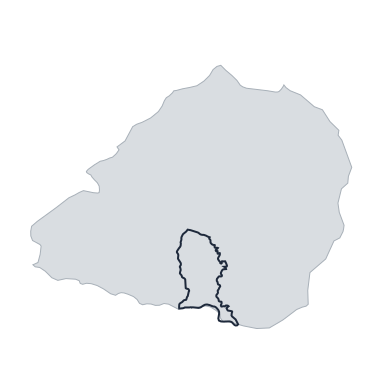 where Río Negro sits in Uruguay, rotated 276°
{"feature_id": "URY-9", "entity_name": "Río Negro", "entity_type": "Department", "adm_level": 1, "iso_a3": "URY", "parent_name": "Uruguay", "parent_adm1": "", "projection": "equal_earth", "projection_center": [-57.526, -32.894], "detail": "fine", "context": "in_parent", "style": "outline", "palette": "slate", "viewbox_px": 384, "rotation_deg": 276, "n_neighbors": 0, "source": "natural_earth", "source_scale": "10m", "svg_char_len": 5143}
<svg xmlns="http://www.w3.org/2000/svg" viewBox="0 0 384 384"><g transform="rotate(276 192 192)"><path d="M308.1,272.2L305.7,274.5L303.0,279.0L299.9,289.8L289.6,304.7L287.4,313.1L276.5,321.8L268.7,331.6L263.7,331.4L259.2,335.6L233.2,348.3L224.0,345.9L217.1,346.0L210.8,340.3L196.2,338.3L187.1,340.6L174.8,346.7L171.1,346.6L168.4,346.3L161.8,343.8L158.2,338.3L139.4,332.0L124.2,317.7L106.3,317.4L92.5,319.3L90.4,317.4L89.0,313.7L86.1,308.4L74.2,295.7L64.9,283.1L63.0,270.7L64.2,257.2L67.0,241.2L66.5,236.1L69.9,233.3L73.3,232.7L76.6,228.6L79.6,222.3L80.1,217.5L77.8,208.7L76.1,196.4L74.2,190.2L78.0,180.5L78.2,175.8L76.0,171.6L75.4,167.4L76.3,163.0L76.1,158.8L74.7,154.7L75.8,151.4L79.3,148.7L81.9,144.7L83.6,139.2L84.5,135.0L84.5,132.1L83.4,129.4L81.3,126.8L82.3,121.7L86.4,114.1L89.1,107.3L90.3,101.3L90.2,96.6L88.8,92.9L89.4,90.4L92.0,89.1L93.1,85.3L92.7,75.7L90.1,67.8L92.1,61.5L97.9,54.3L101.0,48.4L101.2,43.9L103.0,41.4L105.8,46.2L114.1,47.5L122.4,47.6L123.8,46.4L127.1,38.5L131.4,36.3L136.1,35.7L141.2,36.1L146.7,41.3L162.1,58.4L173.4,70.2L176.8,75.8L179.8,80.0L182.0,83.9L181.0,94.0L181.1,98.4L181.7,99.7L184.2,99.8L188.1,99.1L191.3,96.9L193.9,93.7L196.4,91.0L198.4,89.6L199.1,87.5L200.3,85.3L201.4,84.8L203.7,86.4L208.9,92.2L213.0,97.5L214.0,100.6L215.5,103.8L217.2,106.6L218.3,109.3L222.3,112.8L226.3,115.0L229.0,112.7L235.8,120.1L250.8,126.2L253.6,129.9L256.1,135.1L261.3,143.1L268.5,150.2L274.3,153.3L279.9,155.0L283.1,156.6L285.2,159.3L288.6,162.2L290.7,163.3L291.4,166.0L293.6,171.7L295.8,179.0L298.2,185.8L303.6,192.3L309.7,197.3L316.0,200.2L319.5,203.7L321.0,207.4L316.6,212.8L311.9,219.7L307.6,225.1L303.3,228.8L301.9,231.4L300.9,235.4L300.6,256.6L300.1,264.5L300.4,266.6L301.0,268.0L303.6,270.1L306.8,271.8L308.1,272.2Z" fill="#d9dde1" stroke="#a8b0b8" stroke-width="1"/><path d="M65.2,251.7L64.1,250.8L63.8,249.5L64.1,248.3L64.9,247.3L66.6,245.4L67.1,244.1L67.2,242.6L66.4,237.0L66.3,234.3L67.0,232.2L69.0,231.4L73.6,231.7L75.6,231.5L77.4,230.5L79.2,228.6L80.0,227.5L80.4,226.4L80.4,224.9L80.7,223.7L81.4,221.3L81.7,218.7L81.3,216.8L80.3,215.2L78.2,212.7L77.7,211.6L77.4,210.5L77.4,209.1L77.4,206.2L77.4,204.7L77.0,203.6L77.3,203.1L76.9,201.4L76.4,196.9L75.8,196.0L75.4,195.0L74.7,191.5L76.1,191.2L78.6,191.1L79.0,191.2L79.6,191.4L79.9,191.7L80.1,191.9L80.3,192.1L81.6,193.8L81.8,194.0L82.1,194.2L83.1,194.9L83.3,195.1L83.5,195.4L83.7,195.9L84.1,197.0L84.2,197.4L84.6,197.6L85.2,197.7L86.4,197.9L87.4,198.2L87.9,198.6L88.5,198.7L92.7,199.2L93.0,199.4L93.3,199.5L93.8,199.4L94.5,199.0L94.9,198.7L95.1,198.3L95.3,197.0L95.3,196.6L95.5,196.3L95.6,196.0L95.8,195.8L104.3,194.4L104.8,194.0L105.0,193.8L105.3,193.3L105.5,193.0L105.8,192.1L105.8,191.9L106.1,191.4L106.3,191.1L106.5,190.9L106.8,190.8L107.9,190.4L108.1,190.2L108.6,189.7L109.1,189.1L109.6,188.7L109.8,188.5L110.3,188.5L110.9,188.5L112.7,188.8L113.2,188.9L114.4,188.6L115.3,188.3L116.0,187.8L116.4,187.7L116.8,187.8L117.8,188.3L118.3,188.5L118.8,188.5L119.6,188.4L120.1,188.2L120.5,188.0L123.7,185.4L124.2,185.1L124.6,185.0L127.7,185.0L128.4,184.8L128.6,184.7L129.1,184.4L130.0,183.6L130.5,183.3L130.8,183.2L131.3,183.3L132.0,183.5L134.7,184.9L136.2,185.9L137.4,186.3L138.5,186.3L139.6,186.3L140.8,185.9L141.3,186.0L143.2,186.4L143.8,186.4L144.3,186.4L144.9,186.2L145.2,186.2L146.1,186.3L148.8,187.3L149.3,187.6L151.9,190.2L152.6,190.7L154.1,191.6L153.9,194.5L152.4,201.8L152.1,202.7L151.2,204.0L150.7,205.0L150.5,206.2L150.5,207.0L150.6,208.2L150.1,210.4L149.3,212.3L148.8,214.3L147.9,213.9L147.0,214.3L146.5,215.1L145.5,215.5L144.1,215.6L143.2,216.0L142.6,216.7L142.1,217.2L141.6,218.6L141.6,219.1L141.6,220.1L141.0,220.3L140.1,220.1L139.2,220.4L139.0,221.0L139.0,221.6L139.2,222.8L139.0,223.6L138.6,223.4L137.8,222.6L137.5,222.4L137.2,222.0L136.8,221.7L136.3,221.7L135.7,222.2L135.7,222.7L135.9,223.2L135.9,223.5L135.2,223.7L134.2,223.7L133.4,224.0L133.4,224.6L134.1,225.6L134.1,226.0L133.5,226.2L132.4,226.2L131.5,225.9L129.5,225.0L128.6,224.8L127.8,225.0L126.9,225.7L126.1,226.4L125.4,227.2L125.1,227.5L124.2,227.6L124.0,227.9L123.9,228.6L124.3,229.0L124.8,229.0L125.3,228.8L126.3,229.2L126.2,230.0L126.5,231.9L126.5,232.3L126.0,232.5L124.8,233.3L122.6,234.4L122.1,234.5L121.5,234.2L121.3,233.6L121.0,231.8L120.5,232.7L119.7,233.6L118.9,233.9L118.4,231.3L117.8,230.5L117.0,230.0L115.0,229.3L114.5,229.2L114.0,229.2L113.4,229.5L112.4,230.4L111.8,230.5L111.3,230.3L111.0,229.6L111.0,228.8L111.0,228.1L110.8,227.6L110.3,227.2L108.2,225.9L107.1,225.8L106.1,226.0L105.2,226.8L104.8,226.9L103.2,227.4L102.8,227.7L102.4,229.1L102.0,229.6L101.1,229.9L99.2,229.0L97.7,228.6L97.0,228.0L96.5,227.9L95.9,228.0L94.9,228.3L94.3,228.3L93.6,228.0L92.2,227.1L91.4,227.0L90.5,227.2L89.9,227.8L89.4,228.5L88.7,229.2L88.0,229.6L86.5,230.0L86.1,230.5L85.9,231.5L86.0,232.3L85.8,232.8L84.7,233.1L83.9,233.0L83.2,232.7L82.5,232.5L81.7,232.8L81.2,233.2L81.2,233.7L81.7,235.0L81.7,235.4L81.7,236.0L81.7,236.5L82.0,236.8L82.6,237.5L82.8,238.7L82.6,239.7L82.2,240.3L81.7,239.8L80.6,238.9L80.1,238.5L78.4,239.5L77.9,240.0L77.8,240.7L77.7,243.1L77.5,244.2L77.0,244.5L75.6,244.2L73.3,244.2L72.4,244.9L69.8,248.7L65.2,251.7L65.2,251.7Z" fill="none" stroke="#1e293b" stroke-width="2"/></g></svg>